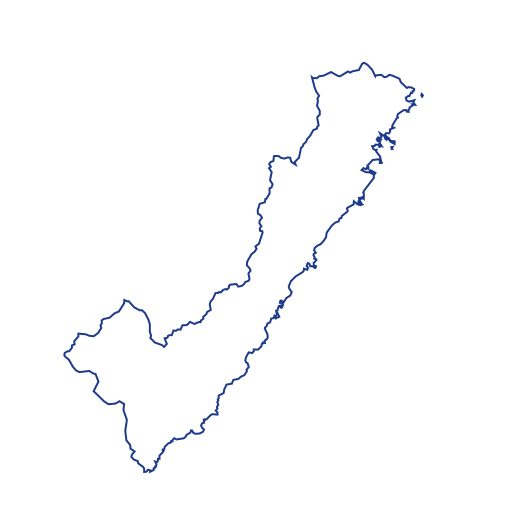 Bolaang Mongondow Selatan, Sulawesi Utara, Indonesia, rotated 315°
{"feature_id": "22746128B14720240696101", "entity_name": "Bolaang Mongondow Selatan", "entity_type": "district", "adm_level": 2, "iso_a3": "IDN", "parent_name": "Indonesia", "parent_adm1": "Sulawesi Utara", "projection": "natural_earth1", "projection_center": [123.982, 0.455], "detail": "fine", "context": "isolated", "style": "outline", "palette": "blue", "viewbox_px": 512, "rotation_deg": 315, "n_neighbors": 0, "source": "geoboundaries", "source_scale": "gbopen_adm2", "svg_char_len": 6080}
<svg xmlns="http://www.w3.org/2000/svg" viewBox="0 0 512 512"><g transform="rotate(315 256 256)"><path d="M101.3,192.4L99.2,194.7L97.0,195.1L95.7,197.5L89.9,198.8L84.5,198.0L81.6,194.3L80.3,191.0L75.5,185.3L73.4,187.3L67.2,187.7L65.2,190.2L62.6,189.1L60.9,190.7L56.6,191.3L55.2,190.0L52.2,189.3L50.3,190.6L49.9,192.7L50.4,196.8L48.2,204.8L47.8,209.8L49.1,213.3L56.8,219.4L57.9,224.1L59.1,226.0L55.8,233.4L45.6,236.8L45.8,251.5L46.9,256.5L52.3,261.0L56.8,262.2L58.1,267.3L53.3,271.3L48.8,280.6L40.0,287.1L34.0,294.7L33.4,300.7L31.0,303.5L32.0,308.3L27.9,308.7L25.8,309.9L25.7,313.6L27.4,317.4L26.1,319.3L27.0,325.1L26.7,327.0L24.2,329.7L26.5,331.2L28.4,330.7L29.7,332.9L28.6,333.7L32.2,334.9L33.7,333.8L34.2,334.4L36.0,333.5L36.4,334.1L38.4,332.8L39.4,330.0L40.3,331.6L41.6,331.6L43.3,330.1L44.3,331.2L46.6,328.9L51.9,328.8L53.0,328.3L52.7,327.2L53.3,326.9L54.2,327.8L56.6,326.4L61.8,326.5L64.0,327.7L65.0,326.9L66.0,328.0L67.2,327.0L69.3,327.0L70.1,329.5L76.0,333.8L78.7,334.1L80.5,333.3L84.5,334.5L86.9,333.4L87.4,334.4L86.6,336.4L87.5,339.0L90.7,341.7L94.2,342.8L96.6,341.9L96.4,339.4L97.3,337.0L99.5,336.2L101.5,337.2L103.4,334.7L104.5,335.5L103.9,335.9L105.7,336.5L111.6,336.4L113.4,337.1L116.6,340.9L118.0,339.6L118.2,336.9L120.8,336.6L121.6,335.1L124.2,334.5L125.4,331.9L127.1,331.5L127.7,330.3L128.9,330.3L130.9,328.3L136.2,330.0L139.0,328.0L144.2,326.1L148.7,329.2L152.3,327.6L156.8,330.5L160.1,330.7L163.5,332.0L168.0,331.1L169.1,329.6L172.4,329.4L174.2,326.0L173.8,324.2L174.6,322.3L177.4,320.5L182.7,319.0L184.5,321.8L187.0,321.8L188.4,320.5L191.2,323.6L195.9,323.7L198.0,322.2L199.0,322.7L199.7,322.1L200.8,323.8L201.9,322.2L203.7,322.2L204.1,321.4L204.1,322.3L205.0,322.6L206.8,321.8L208.8,319.4L210.9,313.6L211.8,313.0L214.3,313.0L216.5,311.8L219.0,312.9L222.5,311.0L224.6,312.4L227.0,311.2L227.6,312.2L226.0,314.1L229.5,315.4L230.7,311.9L229.5,312.0L231.5,308.9L232.6,309.7L236.7,307.5L238.4,308.5L237.1,309.7L237.3,310.6L238.3,310.7L241.1,309.2L240.9,307.3L239.8,306.0L241.5,304.9L242.3,305.2L243.1,308.2L247.8,307.2L252.3,308.2L255.7,306.8L256.5,302.6L257.7,300.6L263.0,298.5L269.7,298.5L277.7,300.4L279.4,300.2L281.0,298.9L282.5,302.0L284.5,301.1L284.6,299.0L287.6,297.6L288.2,299.3L287.1,301.6L288.8,303.2L289.2,306.3L290.1,306.3L291.2,305.7L290.2,303.8L291.8,301.7L295.8,301.6L296.3,300.9L295.3,299.0L296.6,298.4L297.2,296.1L298.4,295.4L300.6,296.0L301.1,293.1L303.0,291.9L306.1,292.0L310.2,293.3L314.0,293.2L318.7,292.3L322.5,289.5L330.9,288.1L335.6,288.4L338.9,290.0L341.7,288.6L343.3,289.5L345.0,288.4L351.7,289.2L353.0,288.8L353.8,286.8L354.7,286.5L361.4,288.6L363.9,286.5L364.4,291.4L365.9,294.0L367.5,294.6L366.2,290.6L367.0,289.9L368.2,291.7L368.8,289.2L369.9,287.8L370.9,288.6L370.6,289.8L371.3,290.2L371.4,289.0L372.7,289.5L372.7,291.7L376.6,287.9L376.6,287.0L378.6,286.2L394.6,284.1L396.1,282.3L399.2,281.7L397.6,276.4L397.0,276.0L396.3,278.3L397.7,279.5L396.5,280.3L395.3,276.9L392.9,274.4L391.4,269.9L394.1,269.8L395.0,272.3L396.3,272.1L396.8,273.3L397.7,272.1L397.6,274.2L398.0,272.5L399.7,270.9L406.4,270.6L411.2,274.4L411.2,276.3L409.2,277.8L411.2,279.8L410.8,278.5L414.1,273.3L414.9,267.0L416.4,266.1L415.1,265.1L414.7,263.1L415.8,260.5L417.6,262.1L419.2,261.7L421.0,263.8L422.3,263.8L421.5,265.7L422.5,267.3L423.2,263.9L424.5,262.9L423.3,260.8L423.9,258.8L426.0,258.5L425.0,261.0L426.8,262.1L427.0,259.9L429.0,260.5L430.5,256.8L431.6,262.3L430.4,264.2L430.4,266.8L431.2,265.0L432.2,264.9L431.7,266.7L432.7,268.5L433.4,266.8L432.5,263.7L433.3,261.2L435.0,261.2L436.9,263.4L439.1,262.7L440.1,261.2L444.2,262.9L443.6,260.9L445.1,260.0L452.3,258.2L454.3,258.5L454.5,257.1L456.7,256.0L463.6,257.3L465.3,258.9L464.7,260.5L465.9,262.0L467.1,260.5L468.8,260.4L469.8,259.5L473.3,260.4L473.7,259.2L475.4,261.6L475.9,258.5L478.1,257.8L473.4,255.1L472.4,252.5L473.9,250.0L476.7,250.5L477.4,251.4L481.1,250.1L481.8,251.2L483.4,250.2L484.6,250.8L485.9,249.9L485.1,246.8L483.0,244.2L481.5,243.9L481.3,235.5L482.8,232.1L480.1,225.2L478.4,222.1L475.8,221.9L473.2,220.4L472.7,216.5L468.4,213.0L467.4,213.3L469.8,206.5L470.0,199.3L469.1,195.9L467.1,195.1L460.3,197.2L454.6,193.5L452.2,192.9L451.6,190.6L442.7,188.4L441.4,187.0L439.1,179.0L431.4,176.3L427.6,173.5L424.9,173.4L422.2,170.7L422.0,169.2L416.7,178.1L414.9,182.2L413.9,187.3L410.6,188.2L409.5,190.2L405.4,192.8L403.7,198.5L401.0,201.2L398.2,201.0L396.7,201.9L392.6,208.0L390.6,207.9L389.1,209.0L385.6,207.5L379.6,209.2L374.7,209.5L372.0,210.7L368.5,210.5L366.6,211.5L364.3,211.4L355.9,216.9L349.7,217.0L348.6,219.4L347.5,214.5L349.6,210.7L348.2,208.8L345.0,207.2L343.0,204.2L342.8,201.6L340.2,198.7L339.2,198.1L335.5,201.1L332.7,199.9L330.3,200.3L329.6,203.4L327.3,203.1L326.4,207.8L319.5,212.3L318.5,217.0L315.3,218.5L313.4,217.7L309.8,221.4L303.8,222.9L303.0,222.3L300.3,224.3L295.5,221.7L289.5,224.9L287.3,227.5L288.0,230.4L287.3,233.2L283.4,233.7L281.4,235.5L280.9,238.7L278.1,239.2L276.7,241.1L278.0,242.9L277.2,244.1L266.8,249.4L262.4,248.8L261.5,251.3L257.9,252.0L254.2,251.5L246.0,253.7L243.0,256.0L242.7,260.5L241.8,262.5L238.3,263.0L235.2,267.6L233.4,268.3L229.9,266.8L227.6,267.4L224.6,267.0L221.8,265.1L222.3,261.9L217.4,258.0L215.8,258.0L214.3,259.3L211.6,259.1L211.1,257.9L208.7,256.7L205.4,256.9L204.6,255.4L203.2,255.4L201.3,253.6L194.6,256.0L191.8,256.0L189.2,257.4L185.9,262.1L181.6,261.0L180.0,262.0L175.7,261.7L174.5,263.1L171.5,262.7L170.1,263.6L169.1,262.4L164.4,260.5L162.7,255.9L158.3,256.0L155.0,253.0L150.5,254.7L148.9,252.7L146.4,252.3L145.0,250.3L140.5,252.4L138.7,250.7L137.1,250.3L135.6,251.2L133.2,249.6L130.8,255.1L126.7,255.3L126.6,252.6L123.3,245.7L123.3,239.3L125.4,238.3L127.4,234.4L132.6,229.3L134.8,225.2L137.2,217.9L137.0,213.7L135.4,212.2L133.6,206.3L134.0,198.0L132.8,196.9L131.8,194.0L129.2,196.2L119.8,198.3L115.4,196.5L108.9,196.1L103.9,192.9L101.3,192.4ZM433.2,274.8L435.1,273.0L432.2,269.1L431.9,269.9L433.2,274.8ZM487.8,258.7L486.5,259.2L486.1,260.8L487.5,260.5L487.8,258.7ZM429.7,275.5L428.6,274.7L427.6,276.4L428.0,276.7L428.1,275.9L429.7,275.5ZM421.4,265.9L420.7,265.7L419.6,266.6L421.4,265.9Z" fill="none" stroke="#1e3a8a" stroke-width="2"/></g></svg>